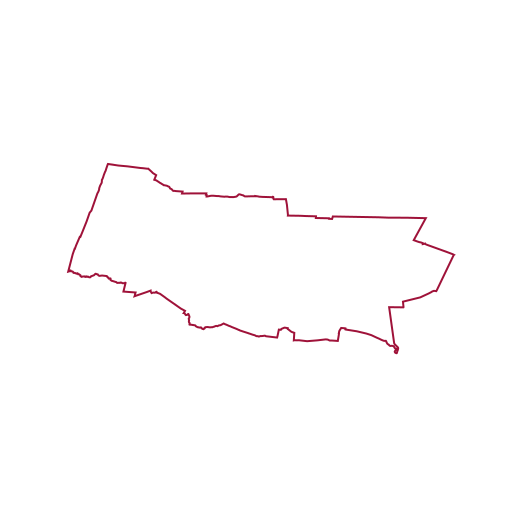 Tartasesti, Dâmbovita, Romania (Robinson projection), rotated 325°
{"feature_id": "2599482B67594439605865", "entity_name": "Tartasesti", "entity_type": "district", "adm_level": 2, "iso_a3": "ROU", "parent_name": "Romania", "parent_adm1": "Dâmbovita", "projection": "robinson", "projection_center": [25.802, 44.581], "detail": "fine", "context": "isolated", "style": "outline", "palette": "rose", "viewbox_px": 512, "rotation_deg": 325, "n_neighbors": 0, "source": "geoboundaries", "source_scale": "gbopen_adm2", "svg_char_len": 6009}
<svg xmlns="http://www.w3.org/2000/svg" viewBox="0 0 512 512"><g transform="rotate(325 256 256)"><path d="M418.8,368.6L418.2,367.4L415.0,362.7L404.8,348.2L402.6,345.1L401.2,342.8L401.3,342.7L399.4,341.9L400.0,341.1L398.8,339.4L397.8,338.4L396.6,336.8L394.3,333.5L416.8,322.4L401.7,311.3L386.0,300.2L378.5,294.5L341.6,267.7L339.6,269.3L337.0,267.3L337.0,267.0L337.2,266.8L326.8,259.2L327.9,257.9L319.8,251.9L315.4,248.5L305.3,241.2L305.6,240.9L310.7,231.8L313.1,226.6L303.1,219.7L303.1,219.3L303.3,218.6L303.7,218.2L304.0,217.5L303.7,217.1L302.8,217.2L302.3,216.6L295.2,211.3L292.6,209.2L291.9,208.4L290.0,206.6L289.9,206.8L288.8,206.0L284.5,203.1L282.3,201.7L281.6,201.2L281.0,200.7L280.9,200.5L280.7,200.1L280.5,199.4L280.4,199.1L279.9,198.6L278.3,196.5L277.6,195.8L277.3,195.7L276.9,195.7L275.2,196.0L274.3,196.1L273.8,196.0L272.5,195.4L270.9,194.6L270.4,194.1L268.1,192.5L266.6,190.9L264.7,189.6L264.2,189.4L261.1,186.8L260.7,186.4L259.9,185.6L258.5,184.6L255.3,181.9L253.6,180.8L250.4,179.4L249.6,178.9L250.6,177.6L250.1,177.1L251.2,176.2L240.2,168.5L231.2,162.4L232.8,161.1L227.5,156.8L226.5,155.8L225.8,155.4L225.6,155.2L225.4,154.8L225.2,152.8L224.4,151.5L224.6,149.6L224.5,149.4L223.7,148.2L223.4,147.5L222.8,146.8L222.2,146.2L221.5,145.4L221.1,145.2L220.9,144.8L220.8,144.3L220.5,143.6L220.1,142.8L219.7,141.7L219.3,141.0L218.8,139.6L217.7,136.9L217.4,136.4L216.9,135.9L216.4,135.2L220.6,132.5L219.1,128.9L218.8,127.0L217.8,122.6L217.3,122.4L213.5,119.0L211.9,117.7L202.2,108.9L195.1,102.9L187.5,95.7L186.7,96.2L183.8,98.3L181.6,100.0L180.6,100.5L177.9,102.3L175.7,104.0L174.3,104.9L173.4,105.3L172.7,106.2L172.4,106.6L171.6,107.5L168.8,108.9L167.9,109.5L166.4,110.6L165.6,111.6L163.9,112.8L161.9,113.8L147.2,124.4L144.6,125.1L137.1,130.5L128.4,136.2L123.1,139.6L122.7,139.2L114.6,144.2L111.8,146.2L111.6,146.0L106.9,149.4L93.2,161.1L93.5,161.2L94.7,161.6L95.6,161.4L95.8,161.5L95.8,161.8L95.6,162.3L95.7,162.5L96.4,163.0L96.9,163.6L97.0,164.2L96.8,164.9L96.9,165.2L97.1,165.4L97.8,165.8L98.0,166.3L98.3,166.5L98.7,167.4L99.0,167.6L99.7,167.6L100.0,168.1L100.0,168.4L99.8,168.7L99.8,168.9L100.0,169.1L100.3,169.2L100.6,169.5L100.8,170.0L100.9,170.5L101.1,171.0L100.7,171.6L100.7,171.9L101.0,172.1L101.1,172.4L101.1,172.9L101.2,173.1L102.5,173.5L104.3,174.7L104.4,174.9L104.2,175.2L104.4,175.4L104.7,175.5L105.4,175.5L105.6,175.6L105.6,176.1L105.8,176.3L106.6,176.6L106.8,177.1L107.1,177.7L107.3,177.9L108.2,178.4L109.2,178.0L112.1,178.8L112.5,178.8L114.1,178.5L114.5,178.6L114.8,179.0L115.1,179.6L115.8,180.2L115.8,181.4L116.1,182.1L116.4,182.5L118.7,183.7L121.2,185.9L122.2,186.8L122.3,187.0L122.3,187.3L122.2,187.6L122.2,188.2L122.6,188.7L122.7,188.9L122.4,189.5L122.4,189.9L122.5,190.2L123.0,190.6L123.6,190.7L123.8,190.8L123.9,191.0L123.1,192.3L123.2,192.5L123.6,193.6L124.1,194.1L126.4,197.1L126.6,197.3L126.8,198.3L127.1,198.6L128.7,199.5L128.9,199.7L129.1,200.0L129.8,200.0L130.2,200.3L130.6,200.8L130.9,201.6L132.2,202.5L132.4,202.8L133.5,202.9L134.3,202.7L127.0,209.1L136.4,216.8L135.6,217.4L133.8,219.1L133.5,219.3L146.0,222.9L149.8,223.9L149.4,224.5L149.2,226.3L149.2,226.5L149.6,226.6L150.8,227.0L152.1,228.0L152.6,228.2L153.3,228.1L154.0,228.3L154.0,228.8L153.8,229.3L154.4,230.1L154.7,230.4L155.3,231.4L155.7,231.9L157.7,237.6L158.2,239.3L162.8,251.9L164.3,256.0L166.4,260.2L164.1,261.3L164.5,261.6L164.6,261.9L164.6,262.2L164.6,263.4L164.6,263.8L164.7,264.2L165.1,264.4L166.2,264.8L166.3,264.8L166.6,264.6L167.2,264.6L167.3,264.7L167.3,265.2L167.2,265.5L167.1,265.8L166.8,267.3L166.4,267.9L165.8,268.4L165.1,268.6L164.9,268.9L164.6,269.5L164.4,270.2L163.7,270.8L163.5,271.1L163.2,271.7L163.1,272.0L163.2,272.7L163.1,273.0L162.6,273.5L162.2,274.0L162.3,274.2L163.6,275.2L163.9,275.5L164.3,276.0L164.7,276.2L165.4,277.0L165.5,277.1L166.3,277.8L166.5,278.4L166.4,279.0L167.3,280.8L168.1,281.5L168.3,281.9L168.6,282.2L169.5,282.6L170.1,283.2L170.1,283.3L169.9,283.6L169.9,283.9L170.1,284.1L170.3,285.0L170.7,285.4L171.0,285.4L171.1,285.7L171.5,285.6L172.0,285.9L172.7,285.7L172.9,285.4L173.0,285.3L173.5,285.3L174.1,285.5L175.6,286.4L177.4,288.1L178.6,288.7L179.1,289.2L179.7,289.4L180.1,289.5L180.5,289.6L181.5,290.0L181.9,290.0L183.0,290.3L183.5,290.6L184.0,291.2L184.2,291.4L185.3,291.5L185.8,291.6L187.2,292.3L187.8,292.4L190.4,292.7L190.7,292.7L191.0,293.1L191.8,294.6L192.1,294.9L194.0,298.1L194.6,298.8L195.3,300.1L196.5,301.9L196.6,302.1L197.5,303.4L198.0,304.2L199.0,305.8L199.3,306.5L199.8,307.0L200.3,308.1L201.0,308.9L201.7,309.9L205.5,314.9L205.7,315.3L206.0,315.6L208.1,318.5L209.5,320.2L209.9,320.9L210.2,321.6L210.7,322.2L211.5,322.7L212.0,323.5L212.3,323.7L213.7,324.1L215.3,325.2L216.9,326.0L217.3,326.2L217.6,326.4L218.1,327.4L226.5,334.9L227.4,334.2L232.5,329.4L234.0,330.7L234.3,330.7L235.0,330.3L238.2,331.0L238.5,331.2L240.6,333.3L240.1,333.8L240.1,334.0L240.3,334.3L241.3,337.8L241.7,338.7L243.3,340.9L238.6,346.8L238.9,346.9L241.4,348.7L242.2,349.2L242.8,349.6L249.0,355.1L257.9,360.3L265.3,364.3L266.8,365.6L267.9,367.5L269.6,368.7L274.3,372.5L278.9,367.8L279.3,367.3L279.3,367.1L279.6,367.0L280.1,366.2L281.4,365.1L284.5,363.8L287.6,366.4L287.8,366.7L287.1,367.4L287.3,367.7L295.4,375.5L301.9,382.8L305.1,387.0L308.2,392.4L308.4,392.7L309.5,394.5L310.3,396.0L311.2,397.5L311.8,398.4L312.2,398.9L312.7,399.3L313.2,399.6L313.7,400.0L313.7,400.3L313.7,400.7L313.4,401.6L313.3,402.9L313.3,403.4L313.5,404.0L313.9,404.8L313.9,405.5L314.1,406.2L314.4,406.7L315.7,407.4L316.5,408.2L316.8,408.6L317.1,409.2L316.9,410.2L316.9,411.1L317.1,411.7L317.5,412.1L317.7,412.5L317.6,412.9L316.9,413.0L315.3,413.6L314.8,413.9L314.6,414.4L314.6,415.1L315.1,416.0L315.3,416.2L315.5,416.3L315.8,416.2L317.1,415.1L318.3,414.3L319.4,413.3L319.7,412.8L319.8,412.2L319.0,407.7L319.1,406.8L319.7,405.6L319.8,405.4L335.7,374.3L336.0,374.5L347.3,382.6L347.5,382.5L350.2,377.7L366.8,384.1L376.3,385.8L376.5,385.8L378.6,386.1L379.7,386.1L380.2,386.2L381.5,386.5L381.9,386.7L383.0,387.7L383.5,388.2L384.9,387.5L418.5,368.6L418.8,368.6Z" fill="none" stroke="#9f1239" stroke-width="2"/></g></svg>